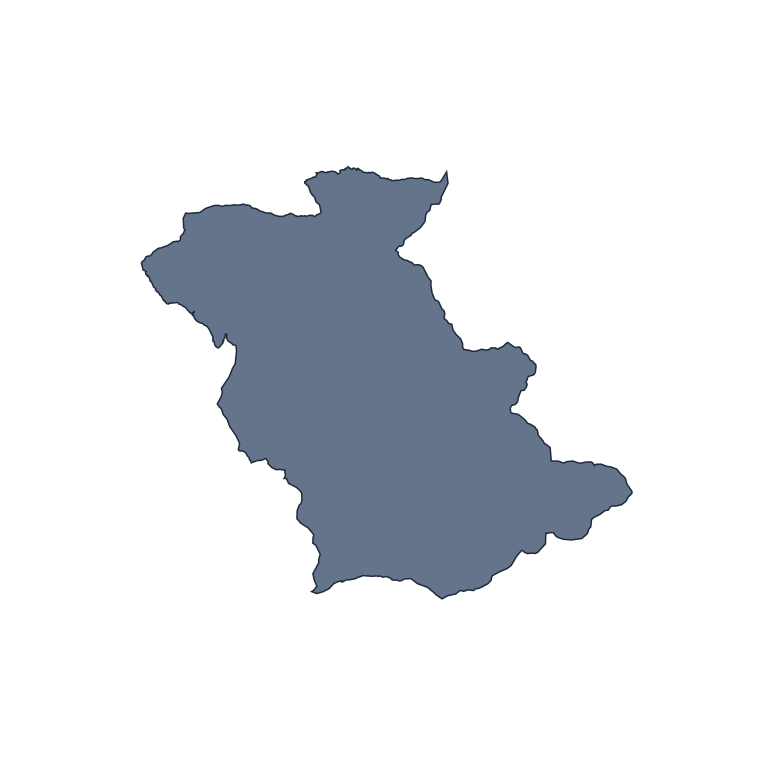 outline of Tulghes, Harghita, Romania, rotated 295°
{"feature_id": "2599482B18577768753782", "entity_name": "Tulghes", "entity_type": "district", "adm_level": 2, "iso_a3": "ROU", "parent_name": "Romania", "parent_adm1": "Harghita", "projection": "mercator", "projection_center": [25.75, 46.909], "detail": "fine", "context": "isolated", "style": "filled", "palette": "slate", "viewbox_px": 768, "rotation_deg": 295, "n_neighbors": 0, "source": "geoboundaries", "source_scale": "gbopen_adm2", "svg_char_len": 6171}
<svg xmlns="http://www.w3.org/2000/svg" viewBox="0 0 768 768"><g transform="rotate(295 384 384)"><path d="M464.2,514.4L466.0,513.0L466.3,511.1L467.4,509.4L467.4,506.6L470.8,501.8L471.0,499.1L470.3,497.4L474.5,492.3L474.6,490.5L472.7,488.1L472.6,486.2L474.0,478.7L472.9,477.7L468.5,476.2L464.8,472.9L463.5,472.5L463.8,469.8L462.1,465.9L459.1,464.2L457.6,461.3L456.8,457.8L453.1,454.1L451.0,450.5L450.6,447.2L449.1,441.7L450.4,439.8L453.6,438.3L457.3,434.5L459.4,428.4L461.9,423.9L466.8,420.2L466.2,417.0L468.0,414.1L468.8,410.8L473.3,409.4L475.7,407.5L476.6,404.6L481.3,399.2L482.0,397.6L481.7,394.6L487.2,388.8L493.8,384.5L497.3,383.1L499.3,379.1L506.4,370.0L507.0,368.1L506.9,365.9L506.3,363.9L504.7,361.5L505.9,357.2L505.5,355.2L505.8,353.0L505.0,349.7L505.7,344.8L507.2,342.2L509.3,341.3L510.0,338.1L514.6,339.1L515.4,339.5L515.9,341.2L517.2,342.2L519.1,342.6L522.7,341.6L525.2,342.4L530.3,345.7L532.6,345.8L533.7,347.0L541.0,350.9L547.6,352.3L549.6,352.2L554.7,350.4L557.8,350.4L560.7,352.1L566.5,350.9L568.8,354.5L570.0,357.4L571.0,358.0L575.8,357.9L576.9,356.9L592.9,357.2L602.7,351.1L592.2,349.9L590.5,349.1L589.7,347.9L588.0,344.2L588.0,338.0L586.4,334.3L586.8,332.2L586.3,330.5L584.4,327.7L583.2,325.0L582.6,322.2L580.6,318.7L577.7,315.8L577.1,313.7L574.7,311.4L574.5,309.9L573.8,309.4L573.1,307.5L571.5,305.4L571.9,304.1L571.5,302.2L571.9,300.3L571.0,299.8L570.9,297.6L569.1,293.8L570.4,292.3L571.3,284.9L570.2,282.7L569.1,282.0L569.4,280.8L568.7,280.3L567.2,275.9L568.0,272.7L567.7,271.6L568.5,269.8L568.1,268.9L566.6,269.3L566.4,268.3L567.0,267.5L567.0,265.7L566.6,264.8L565.1,264.5L565.0,263.9L565.0,262.0L565.4,261.6L565.2,260.5L565.7,259.5L564.3,259.3L562.8,257.7L562.0,258.3L560.8,257.1L560.9,256.0L558.9,253.8L556.6,255.1L555.3,253.9L554.7,253.1L555.3,252.5L555.7,249.9L555.0,247.3L553.8,245.2L552.6,244.5L552.7,243.6L551.2,242.4L550.6,240.8L550.7,238.8L549.8,237.1L547.4,234.9L546.6,233.3L545.8,234.6L542.7,234.4L541.5,232.4L539.4,231.1L536.1,227.4L534.6,227.8L534.0,226.7L532.7,227.1L531.2,231.9L526.5,236.6L524.8,239.5L523.7,242.9L522.7,243.2L520.2,245.6L519.4,249.2L518.7,250.2L513.2,254.3L511.3,253.9L508.9,251.5L506.5,250.6L506.4,249.0L506.7,248.2L505.8,246.6L506.0,246.0L503.1,242.7L503.2,241.4L502.0,240.0L501.4,237.5L500.7,237.1L499.0,234.3L499.4,233.8L498.9,232.5L499.4,230.1L499.2,227.0L496.8,225.3L495.0,223.0L493.2,222.0L493.2,221.2L491.8,218.8L490.7,213.7L491.1,209.3L489.0,204.4L488.9,201.1L488.4,199.4L488.9,194.0L487.7,189.5L488.6,188.5L489.0,186.9L488.6,184.8L487.7,182.9L487.8,180.9L484.9,177.0L483.1,173.2L483.4,172.8L481.0,169.6L478.9,164.8L476.7,162.7L475.9,158.5L474.2,154.9L467.6,148.0L461.6,144.6L455.9,134.6L455.1,132.0L449.1,132.1L441.4,136.2L440.2,137.1L439.9,138.4L435.4,138.5L431.6,137.2L428.4,138.6L425.9,137.0L425.9,136.0L423.7,132.8L418.5,129.7L413.0,124.3L411.7,122.2L405.9,119.0L404.1,118.9L401.0,117.7L400.0,115.7L398.6,114.6L394.8,114.3L392.8,113.2L390.9,113.1L385.4,117.7L385.9,119.1L385.4,119.6L385.3,120.9L384.1,120.8L382.9,121.8L382.2,123.2L382.5,123.6L381.6,124.3L381.9,124.8L380.9,126.7L378.4,128.5L378.5,129.4L377.3,131.2L374.5,134.2L374.2,136.1L373.6,137.1L372.5,137.2L371.6,139.6L372.1,140.1L369.7,143.7L369.9,144.6L366.4,149.2L366.9,150.2L366.0,150.8L365.0,153.2L365.5,155.1L366.3,155.1L370.8,162.9L369.7,164.5L370.2,166.9L369.6,168.1L369.5,171.4L366.9,177.2L366.3,179.9L370.0,181.7L365.5,181.2L365.2,181.8L365.6,182.4L363.3,184.6L361.8,188.1L361.7,191.8L362.3,193.8L361.5,195.7L361.6,198.8L360.1,201.9L354.2,209.3L352.4,209.7L350.3,211.1L350.6,212.1L347.7,214.3L346.7,216.5L346.5,217.9L347.1,219.0L353.3,220.7L355.0,219.6L355.2,220.4L357.7,219.8L358.3,220.4L362.4,219.3L362.6,220.4L359.1,222.1L357.1,224.1L356.4,229.0L355.6,230.6L356.4,232.8L355.8,233.9L351.4,236.5L339.5,240.6L333.8,240.1L325.3,240.7L311.4,238.5L308.2,241.0L303.8,241.8L295.5,241.3L294.4,242.8L292.5,247.4L288.5,251.0L285.7,256.7L280.2,262.2L274.7,271.6L270.0,277.3L268.7,278.4L262.7,279.8L262.3,281.8L263.7,284.1L263.2,287.8L260.9,290.9L260.1,293.1L258.5,294.1L257.7,295.9L256.4,297.0L261.1,301.6L262.8,304.8L266.6,308.5L264.3,312.1L262.8,312.4L260.8,317.8L260.8,322.4L262.7,326.1L264.0,330.7L262.6,331.0L260.3,332.9L258.5,333.5L256.1,333.3L257.1,335.6L253.6,339.5L253.3,348.2L251.8,353.0L250.0,355.8L243.7,358.8L240.9,359.3L238.2,358.4L232.6,358.8L225.1,362.0L222.7,367.4L221.5,376.0L218.3,383.0L217.2,384.3L214.9,384.6L209.7,386.7L208.9,390.5L202.8,398.1L197.7,398.9L194.0,400.4L182.1,399.7L177.6,403.0L172.3,408.6L167.7,407.6L165.3,406.1L165.6,411.4L169.5,416.1L175.4,420.8L181.9,422.8L185.1,425.6L187.8,428.9L186.7,429.3L187.0,430.0L190.6,432.7L192.1,435.7L195.7,440.6L197.5,441.8L200.3,445.0L201.1,445.0L204.9,455.0L206.8,457.9L207.2,460.1L208.4,461.7L208.4,464.6L210.4,467.2L210.8,471.7L210.7,472.4L210.1,473.0L210.0,474.7L211.6,478.5L212.1,481.5L213.2,483.0L215.7,484.6L219.0,490.5L217.2,498.8L218.1,509.2L215.8,518.3L215.0,520.1L213.8,527.3L219.1,531.3L224.1,537.8L229.0,540.2L229.9,543.9L233.0,547.3L234.7,552.5L237.5,553.9L238.1,555.4L240.8,558.0L246.8,562.5L251.2,564.0L255.7,563.0L262.8,568.2L268.9,573.7L273.5,576.0L283.9,577.0L291.1,578.9L291.5,579.9L290.9,582.0L290.9,585.6L293.3,589.7L294.3,592.8L296.6,594.5L307.3,597.9L317.2,593.7L317.7,595.3L319.5,597.2L320.9,600.6L319.3,602.9L318.4,605.6L319.1,612.3L321.9,619.8L327.6,628.6L333.7,631.3L336.7,631.5L338.3,630.8L341.9,631.8L349.0,629.3L352.1,630.8L357.2,634.9L362.6,637.7L364.4,640.5L367.8,641.0L369.7,641.9L371.3,645.6L374.9,650.2L379.6,652.8L384.7,653.1L389.4,654.9L391.4,654.2L396.2,646.2L399.9,643.2L401.1,641.5L402.7,636.0L405.2,631.1L404.8,625.1L403.5,620.2L403.1,614.6L400.6,609.7L398.9,609.1L400.8,606.3L400.9,604.9L398.6,600.0L394.8,595.0L394.0,587.7L391.0,582.6L388.3,580.3L387.7,574.4L384.9,568.1L396.6,561.5L398.0,555.7L397.8,554.5L399.8,552.0L402.6,545.7L407.3,542.2L407.5,540.8L408.7,539.2L409.1,537.4L409.4,532.7L408.9,531.0L411.2,526.8L412.9,519.8L413.1,518.0L411.5,511.9L412.1,510.7L415.3,508.7L418.2,508.6L421.0,511.6L424.1,512.6L428.6,511.5L435.9,510.9L437.5,513.7L441.4,514.4L444.3,513.8L445.9,511.7L448.2,512.0L450.6,511.4L452.3,512.1L455.4,515.7L456.2,516.0L458.5,516.2L464.2,514.4Z" fill="#64748b" stroke="#1e293b" stroke-width="1.5"/></g></svg>